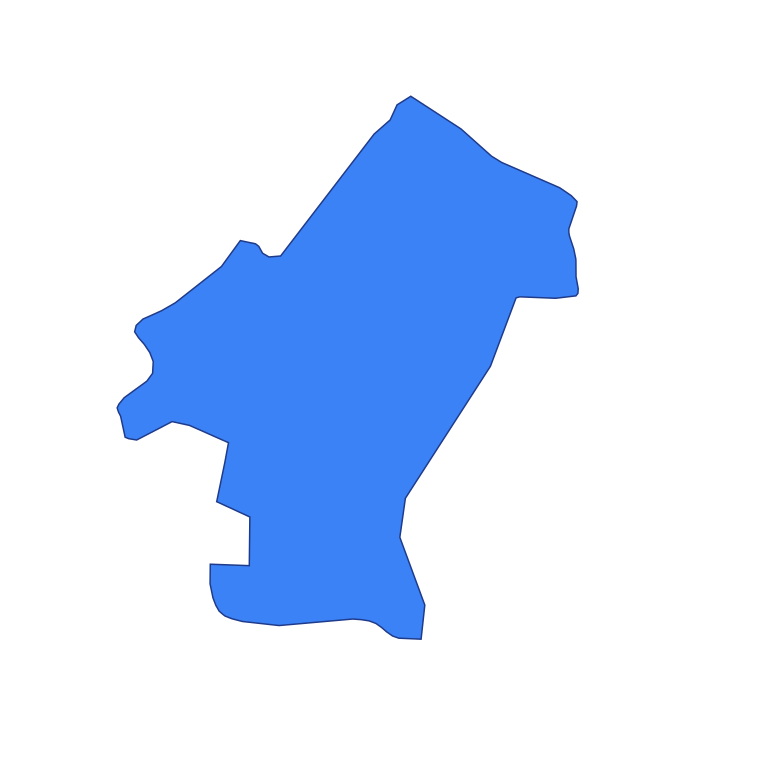 the border of Grad Zagreb, rotated 333°
{"feature_id": "HRV-1589", "entity_name": "Grad Zagreb", "entity_type": "City", "adm_level": 1, "iso_a3": "HRV", "parent_name": "Croatia", "parent_adm1": "", "projection": "natural_earth1", "projection_center": [15.947, 45.796], "detail": "fine", "context": "isolated", "style": "filled", "palette": "blue", "viewbox_px": 768, "rotation_deg": 333, "n_neighbors": 0, "source": "natural_earth", "source_scale": "10m", "svg_char_len": 1143}
<svg xmlns="http://www.w3.org/2000/svg" viewBox="0 0 768 768"><g transform="rotate(333 384 384)"><path d="M350.0,223.0L488.7,156.8L509.4,151.5L522.4,141.2L538.5,139.8L568.4,191.7L583.2,229.8L589.4,240.0L629.7,289.0L636.4,301.3L638.8,309.2L636.3,312.9L619.1,329.7L617.4,333.1L616.4,336.6L614.4,349.7L611.8,359.3L611.1,361.0L603.8,375.6L600.3,387.3L597.9,391.3L595.0,392.6L575.8,385.5L544.6,368.0L540.8,367.2L486.9,416.5L351.2,495.5L328.5,527.8L320.0,599.5L301.2,628.2L281.8,617.2L277.2,612.4L273.8,606.0L271.3,599.8L268.1,593.7L263.2,588.3L256.7,583.6L249.4,579.2L180.9,551.6L150.0,531.3L141.8,524.0L137.1,518.7L135.9,516.2L134.0,511.5L133.7,504.9L134.5,497.0L138.3,483.1L147.4,465.7L181.5,484.7L204.1,441.6L181.5,412.9L206.6,381.6L218.8,365.7L191.9,332.6L178.1,321.3L138.2,321.6L131.7,316.8L129.2,313.9L134.7,293.1L134.7,288.5L135.4,284.1L138.8,281.5L146.4,278.2L174.0,273.8L182.7,269.4L188.6,259.2L189.6,249.7L188.4,239.8L186.3,231.4L185.5,224.3L189.8,219.3L198.7,216.7L219.0,217.7L234.9,216.9L292.5,205.5L321.1,191.0L333.2,200.8L334.9,204.5L335.2,212.4L339.2,218.6L350.0,223.0Z" fill="#3b82f6" stroke="#1e3a8a" stroke-width="1.5"/></g></svg>